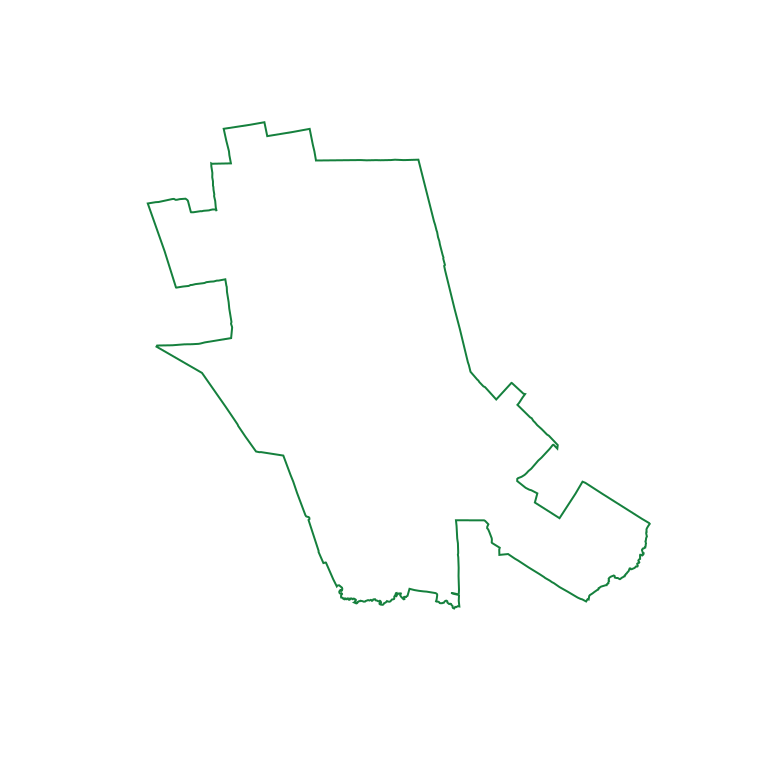 Vanatori, Mehedinti, Romania (Mercator projection), rotated 52°
{"feature_id": "2599482B58369047953244", "entity_name": "Vanatori", "entity_type": "district", "adm_level": 2, "iso_a3": "ROU", "parent_name": "Romania", "parent_adm1": "Mehedinti", "projection": "mercator", "projection_center": [22.926, 44.254], "detail": "fine", "context": "isolated", "style": "outline", "palette": "green", "viewbox_px": 768, "rotation_deg": 52, "n_neighbors": 0, "source": "geoboundaries", "source_scale": "gbopen_adm2", "svg_char_len": 6161}
<svg xmlns="http://www.w3.org/2000/svg" viewBox="0 0 768 768"><g transform="rotate(52 384 384)"><path d="M558.1,501.4L559.3,499.7L559.7,499.8L559.9,500.9L560.4,501.3L562.3,501.5L565.7,501.1L566.0,500.6L566.0,500.2L564.2,499.5L564.2,499.1L565.4,497.7L565.2,497.4L565.4,495.9L561.1,490.0L565.1,486.9L568.4,483.9L571.8,480.5L573.8,478.3L580.4,472.2L581.4,471.7L582.4,471.6L583.3,472.2L586.1,475.1L587.3,476.8L588.0,476.4L588.6,475.6L589.4,475.0L591.0,474.9L591.4,474.6L592.5,473.2L592.5,472.7L593.2,471.6L592.7,470.0L592.8,468.9L593.3,468.1L594.2,467.9L595.2,468.6L597.3,468.2L597.6,468.0L597.8,467.2L598.6,466.6L599.8,466.9L600.9,466.6L601.5,466.8L602.2,467.4L603.1,467.5L604.1,466.9L603.5,465.1L604.3,464.4L604.5,462.7L605.7,461.6L600.9,458.6L596.7,455.0L595.7,455.4L591.9,458.6L590.6,459.3L590.5,459.2L590.8,458.8L595.1,455.3L595.3,454.8L595.0,453.9L592.2,451.5L581.1,443.4L574.9,438.4L566.2,432.1L563.9,430.8L563.3,430.0L562.1,429.0L555.0,423.8L550.8,421.4L540.5,414.2L535.7,411.2L553.0,389.1L554.1,388.6L558.8,388.1L560.1,390.6L561.2,391.5L562.7,391.4L565.4,392.1L571.9,394.1L573.3,395.0L575.2,396.7L575.9,396.7L584.3,393.6L585.5,395.2L589.7,398.3L594.4,390.9L602.2,388.4L605.7,387.0L617.5,383.0L629.3,378.6L634.8,376.7L635.9,376.5L641.0,374.4L643.7,373.6L645.3,372.8L652.1,370.7L661.0,367.0L671.5,362.9L674.4,361.4L675.7,360.4L679.8,358.6L678.9,356.1L678.9,355.9L679.8,355.4L677.4,352.8L677.1,351.8L677.4,348.5L677.4,346.3L677.6,342.8L677.9,341.8L677.8,341.4L677.2,341.0L677.0,340.5L677.3,340.0L677.2,338.6L677.3,337.7L679.1,333.1L679.6,332.4L679.0,331.7L679.2,330.6L679.1,329.8L678.5,329.6L677.9,328.0L677.1,327.9L676.8,327.3L675.8,326.9L675.4,325.6L675.5,323.8L676.4,320.8L677.4,320.5L678.6,321.3L680.1,320.2L680.7,319.3L682.9,318.4L683.1,318.1L683.1,315.7L683.3,314.9L683.4,313.5L683.7,312.8L683.1,312.3L683.0,312.0L683.2,311.6L682.7,310.5L682.6,309.9L682.7,309.4L682.3,308.4L682.1,306.6L680.6,304.0L681.0,303.5L681.4,303.8L681.8,303.7L682.4,302.9L683.2,299.9L683.1,298.6L682.9,297.9L683.7,296.9L683.8,296.5L683.1,295.7L682.4,295.6L681.5,295.1L681.5,294.3L681.9,293.1L681.7,292.6L679.9,292.4L679.6,292.1L679.3,290.7L679.5,289.9L676.4,287.5L676.3,287.2L676.6,286.9L678.1,286.1L678.1,285.3L677.8,284.2L677.3,283.7L676.9,284.1L676.7,283.7L676.2,283.9L673.7,283.0L673.3,282.4L673.1,281.0L673.4,280.8L673.7,279.0L673.2,279.0L673.0,278.7L672.8,277.6L671.4,276.4L671.1,275.8L668.9,274.8L668.9,274.4L667.1,272.6L666.3,271.5L666.1,270.8L663.2,269.4L662.2,268.5L662.3,268.2L660.3,266.8L659.7,266.0L658.7,263.6L657.8,260.7L656.8,260.7L648.9,263.8L605.4,279.4L585.8,286.2L583.2,287.7L588.3,300.6L597.8,328.3L570.3,338.1L564.6,330.5L558.5,333.3L556.7,334.6L553.0,336.3L542.5,338.8L540.8,337.4L540.7,336.4L541.8,332.8L542.2,329.2L542.0,326.5L541.5,323.8L541.4,320.1L539.3,309.6L539.0,305.3L537.1,293.4L536.0,288.8L536.0,288.2L536.3,287.8L541.6,287.2L539.1,284.7L526.3,285.9L524.1,286.7L516.8,287.5L510.7,288.6L507.3,288.7L505.0,289.0L501.9,288.7L500.2,289.4L482.6,291.7L482.1,289.3L479.9,283.0L478.8,279.0L477.4,280.1L462.1,282.6L461.6,282.9L465.3,305.1L448.7,306.3L447.1,307.1L441.0,307.7L439.4,307.5L437.9,307.8L427.6,308.3L421.4,305.5L418.5,304.5L387.4,290.4L368.6,282.3L332.1,265.9L328.0,263.9L327.7,262.7L321.6,260.1L321.0,259.3L318.5,258.4L308.4,254.0L305.6,252.5L301.5,251.0L296.8,248.5L295.4,248.1L290.0,245.7L286.7,244.5L228.4,218.8L219.8,230.5L214.0,237.3L211.9,240.5L205.6,248.9L202.8,252.3L197.1,259.9L193.1,264.6L166.0,300.0L157.8,295.6L151.7,292.8L137.2,285.5L129.3,300.6L116.8,323.4L104.1,317.1L97.2,330.1L84.2,353.2L95.2,358.5L105.2,362.9L108.5,365.0L115.9,368.8L104.5,384.0L103.8,384.3L106.1,386.0L112.0,389.3L115.4,392.1L119.0,394.0L122.5,396.7L123.6,397.1L125.9,398.7L130.1,401.0L131.3,402.2L135.8,404.3L141.2,407.8L144.7,409.5L143.5,409.2L142.5,409.6L140.9,411.7L139.9,413.7L139.5,414.9L136.4,419.6L135.7,421.2L134.9,422.1L131.3,428.5L129.9,430.3L129.5,430.3L119.1,425.8L118.0,425.7L115.8,426.3L112.6,431.1L111.4,433.6L110.6,434.8L108.8,435.6L107.9,437.0L101.8,449.6L100.2,451.9L96.3,459.0L144.2,475.1L179.9,488.5L180.2,488.3L183.5,482.3L186.5,477.5L186.9,475.5L187.8,474.2L189.2,471.1L193.2,464.5L193.9,463.2L194.4,461.3L196.6,457.6L198.4,455.0L199.6,452.1L200.7,450.6L203.8,444.6L209.5,447.7L210.6,448.1L214.7,451.0L223.8,456.0L229.3,459.5L241.2,466.0L242.4,467.5L245.0,468.4L246.0,468.9L253.7,476.2L240.9,499.6L239.1,503.7L238.2,505.4L234.3,511.0L229.9,516.8L223.2,526.9L214.0,539.1L214.5,540.3L263.2,520.6L304.4,522.8L320.6,523.9L325.9,524.3L327.2,524.7L340.0,525.6L358.4,526.4L360.9,524.3L362.1,522.7L378.4,507.4L398.3,513.7L405.0,515.6L416.4,519.6L439.0,526.7L440.4,526.8L441.1,526.4L442.5,525.3L443.7,525.3L444.6,526.0L444.7,527.2L475.3,538.3L476.1,539.0L487.8,542.0L488.7,539.9L489.0,539.7L506.5,544.2L514.4,545.8L514.1,544.8L515.0,543.3L518.6,542.5L519.8,543.0L520.8,544.2L520.8,545.0L520.6,545.2L520.0,544.5L519.5,545.1L519.7,545.4L519.7,546.3L520.3,547.3L521.4,547.7L522.0,547.6L522.5,547.2L522.6,546.4L523.3,546.2L523.7,546.4L523.8,547.3L524.6,548.4L525.9,549.2L526.9,548.3L527.8,548.4L528.1,548.2L528.2,547.9L528.9,548.0L529.3,547.7L529.0,546.7L529.4,546.3L530.0,546.6L530.3,546.4L530.5,546.1L530.7,544.5L531.9,544.7L532.5,544.4L532.8,544.0L532.8,543.5L532.3,543.5L532.1,542.9L533.1,541.5L534.2,541.3L534.4,540.9L534.4,540.1L534.8,539.7L536.3,539.1L536.9,539.1L537.3,539.9L537.3,540.6L538.0,540.8L537.8,542.0L539.7,541.0L540.0,540.7L540.1,540.0L539.6,539.7L539.6,538.7L539.8,538.5L539.8,537.3L540.4,536.5L540.3,536.0L541.7,534.8L543.1,533.9L543.8,532.8L543.7,532.1L544.5,529.6L545.7,528.7L546.0,527.3L546.7,526.9L547.4,527.0L547.6,526.6L547.2,525.0L547.6,524.7L547.9,523.8L548.2,523.5L549.4,523.7L550.4,522.8L551.5,522.4L552.0,521.8L552.3,521.2L552.3,520.7L552.9,520.5L554.2,520.7L554.7,521.3L554.3,522.1L553.8,522.2L554.2,522.7L554.5,522.9L555.1,522.8L555.8,522.4L557.1,521.1L557.3,520.6L557.3,520.0L556.8,519.2L557.2,517.1L556.9,515.3L557.8,514.9L559.0,513.6L559.2,512.7L558.7,510.5L559.3,509.4L559.6,508.4L559.4,508.0L557.8,506.7L557.6,506.0L557.7,505.7L558.8,505.0L558.6,504.3L558.3,503.9L557.0,504.6L556.2,503.4L556.5,502.6L556.9,502.7L557.5,503.1L558.1,502.7L558.1,501.4Z" fill="none" stroke="#15803d" stroke-width="2"/></g></svg>